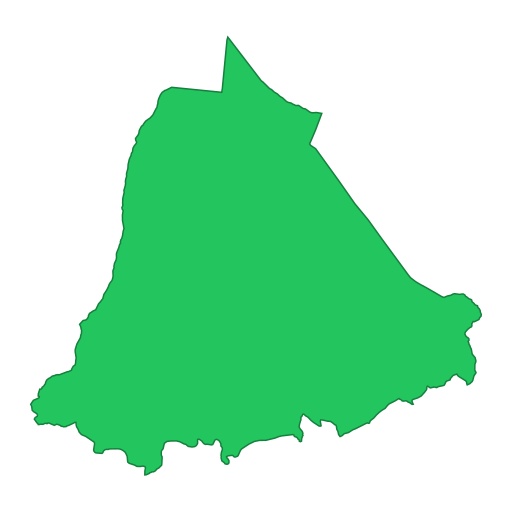 Mt. Elgon, Western, Kenya (orthographic projection)
{"feature_id": "3690345B65112986078037", "entity_name": "Mt. Elgon", "entity_type": "district", "adm_level": 2, "iso_a3": "KEN", "parent_name": "Kenya", "parent_adm1": "Western", "projection": "orthographic", "projection_center": [34.589, 0.959], "detail": "fine", "context": "isolated", "style": "filled", "palette": "green", "viewbox_px": 512, "rotation_deg": 0, "n_neighbors": 0, "source": "geoboundaries", "source_scale": "gbopen_adm2", "svg_char_len": 6014}
<svg xmlns="http://www.w3.org/2000/svg" viewBox="0 0 512 512"><path d="M227.8,37.1L227.0,39.9L222.3,88.8L221.7,92.3L171.6,87.3L165.9,90.2L164.9,90.4L162.1,92.4L160.3,95.1L158.7,98.8L158.0,101.2L157.8,103.9L157.4,104.9L156.9,107.6L156.1,108.6L152.8,115.1L149.8,118.3L148.4,119.1L145.6,121.2L143.4,124.2L143.0,125.2L142.0,125.8L141.1,126.9L139.3,130.4L138.8,133.4L137.9,135.3L135.5,138.4L135.7,140.2L136.6,142.0L136.4,143.0L135.8,144.0L134.4,145.6L133.0,148.1L132.4,152.1L131.6,153.0L131.2,154.0L131.2,155.1L129.3,159.2L128.1,164.5L127.9,168.4L126.5,173.6L126.6,176.5L125.7,179.3L125.4,181.7L125.6,183.2L125.3,185.6L123.9,190.4L124.2,192.3L122.8,198.4L122.6,203.1L122.9,205.2L121.9,207.7L122.4,209.6L123.2,210.6L122.4,214.9L122.5,220.5L124.0,228.5L123.1,231.5L122.6,235.3L121.7,238.6L120.9,239.7L120.3,242.0L120.6,243.1L119.7,244.3L119.1,246.2L118.9,247.3L116.7,252.7L116.4,254.1L116.5,257.7L116.1,259.9L114.5,263.3L113.9,266.5L114.1,267.5L112.9,270.9L113.1,276.4L112.3,279.6L111.9,280.6L110.2,282.7L109.2,284.4L108.3,286.9L106.8,289.9L103.9,294.4L102.8,298.6L100.3,301.9L98.6,303.8L95.7,309.8L93.4,310.8L89.5,313.4L88.5,315.5L88.3,316.9L87.3,318.7L85.8,320.0L83.1,320.5L79.6,324.3L80.8,326.9L81.1,328.9L81.6,330.3L81.4,333.7L80.9,334.7L80.3,337.9L76.9,344.0L75.2,349.6L75.2,351.9L76.2,358.0L75.7,360.7L75.6,363.1L75.0,365.1L73.2,366.3L71.7,369.1L71.5,370.2L70.5,370.7L68.3,371.7L67.4,371.7L59.0,374.9L58.1,374.6L55.6,375.0L54.8,375.5L52.3,376.1L50.1,377.8L48.6,378.5L46.7,380.1L45.6,382.4L45.4,383.8L44.6,384.6L44.0,385.8L42.0,387.4L41.9,388.4L40.8,389.2L39.8,389.1L38.3,393.8L38.2,396.1L39.3,396.4L39.2,397.5L37.9,398.4L33.4,400.3L30.7,404.3L31.7,406.4L32.2,410.3L33.9,411.9L36.8,413.7L37.5,415.0L37.3,416.3L35.2,417.5L34.3,419.1L36.9,422.8L37.8,423.6L38.3,424.6L39.6,424.5L40.5,424.2L43.0,424.3L45.0,423.4L45.9,423.3L47.0,423.7L48.1,422.9L49.3,423.2L54.3,425.3L56.9,424.2L60.3,425.4L61.2,426.3L62.6,426.4L63.6,426.8L64.8,426.7L66.1,426.6L66.9,426.0L68.9,425.3L73.8,423.0L74.9,422.3L75.9,422.4L76.3,425.8L76.8,427.1L78.1,429.3L79.2,432.1L80.8,433.9L81.5,434.6L85.9,436.5L94.0,442.0L94.5,442.9L94.5,444.3L93.6,450.0L94.0,451.3L94.8,452.3L95.9,452.9L102.0,453.4L102.9,452.6L103.3,451.3L104.7,449.8L106.9,449.3L108.0,449.5L108.9,449.1L110.3,448.9L117.8,448.8L119.7,449.0L121.6,449.7L123.6,450.9L125.1,452.2L125.8,453.3L127.2,456.4L127.6,461.2L127.9,462.3L129.2,463.3L134.6,465.1L136.9,466.4L140.4,466.5L142.3,466.1L143.8,466.2L144.9,466.7L145.5,467.7L144.9,470.9L144.8,474.9L146.1,474.8L149.0,473.6L149.7,472.8L150.7,472.6L151.9,471.9L153.6,471.8L155.4,470.8L156.9,469.0L158.8,468.0L161.6,465.2L161.8,464.1L162.1,458.2L162.1,456.7L161.5,455.7L161.3,454.7L161.3,451.6L161.8,450.2L162.7,449.4L163.2,448.3L164.3,443.6L165.2,442.6L167.1,441.4L170.6,441.0L176.4,440.9L177.9,441.3L180.0,441.8L183.7,443.8L185.9,444.4L188.2,446.4L192.1,447.0L194.7,446.6L196.4,445.5L197.6,443.4L197.6,439.5L198.9,439.1L201.8,441.0L202.6,442.2L204.1,443.8L205.4,444.4L207.1,444.2L211.5,444.9L212.8,444.5L215.0,440.0L216.3,439.3L217.6,439.8L218.6,440.3L219.7,441.5L220.9,443.9L220.9,445.9L222.1,447.5L222.4,449.0L222.2,450.0L221.4,452.3L221.0,455.4L221.3,456.5L221.1,457.4L221.2,458.5L221.9,460.9L224.3,462.7L225.0,463.8L226.5,464.2L227.5,464.2L228.6,463.5L229.0,462.4L228.9,460.5L228.2,459.3L226.8,457.7L226.5,456.6L228.2,455.8L231.5,455.4L232.7,455.4L234.3,457.0L235.4,457.0L237.6,456.2L238.2,455.4L240.4,450.5L241.5,449.0L248.9,444.1L254.5,441.4L259.5,440.4L265.9,440.3L274.9,438.1L279.4,436.4L281.7,435.9L292.6,434.6L293.8,434.9L294.2,436.1L295.0,436.7L296.3,437.1L297.4,437.9L297.8,438.8L299.3,440.1L299.3,441.2L300.4,441.7L301.5,441.2L301.7,438.3L302.3,437.0L302.5,436.1L303.0,435.4L302.6,434.4L302.9,433.4L302.6,432.2L301.9,430.9L300.0,428.7L299.1,427.0L299.6,423.8L300.9,419.8L300.9,417.2L301.7,416.6L302.8,414.3L303.8,414.1L305.7,415.9L307.8,417.0L311.0,420.4L313.5,422.4L318.8,425.9L320.1,426.2L321.1,425.8L320.3,421.3L320.7,419.9L322.0,419.9L327.7,421.2L330.4,421.4L331.5,422.1L333.7,423.7L334.5,424.6L335.8,425.0L336.4,426.3L336.8,429.3L337.9,431.3L338.6,434.6L340.1,436.6L342.2,435.6L344.2,433.7L348.4,432.6L352.8,429.8L355.6,428.7L365.9,423.5L367.4,422.9L368.5,423.3L369.5,423.0L369.9,421.6L370.5,420.6L373.7,418.1L376.6,414.8L379.4,412.2L382.2,410.1L385.1,408.4L387.5,405.4L389.1,403.9L394.7,401.1L399.0,398.5L399.7,399.2L401.0,399.6L402.1,400.9L403.4,401.1L405.9,400.8L407.0,401.2L408.1,402.1L409.7,402.7L412.1,404.4L413.2,404.2L412.2,402.0L412.0,400.8L412.3,399.9L413.2,399.4L417.7,397.9L421.2,396.0L424.5,392.4L426.4,389.8L426.8,388.8L426.7,387.4L427.4,386.2L428.5,386.6L429.5,387.5L430.5,387.9L434.1,387.0L436.7,387.6L438.4,386.6L443.2,385.6L444.4,385.0L445.8,382.0L446.6,381.1L450.1,379.9L450.4,378.6L453.1,375.4L456.9,374.1L457.5,375.3L458.6,376.4L465.7,380.8L466.5,381.9L466.8,383.9L467.2,384.9L469.8,383.7L472.1,381.6L472.7,380.6L474.0,375.8L476.0,372.8L475.7,371.7L475.1,370.9L474.8,369.8L474.9,364.2L475.8,361.9L475.9,360.8L475.1,357.6L472.2,354.1L471.3,349.1L470.2,346.9L469.9,345.6L469.1,344.5L468.7,342.7L468.1,341.5L469.0,340.3L468.9,338.8L468.2,337.9L466.5,336.8L465.9,336.1L464.9,334.1L465.0,333.1L465.5,331.9L468.0,329.1L469.7,327.7L471.5,326.8L471.9,325.8L471.8,323.7L473.2,321.5L474.4,321.7L478.8,319.6L479.4,318.7L479.5,317.8L481.0,316.3L481.3,314.5L480.3,312.0L480.2,310.7L479.3,308.8L477.9,307.5L477.5,305.7L475.3,305.0L473.9,303.3L472.1,301.8L471.6,299.9L470.9,299.4L469.0,298.8L466.7,296.9L465.6,296.3L464.9,295.0L463.3,294.0L462.1,294.0L459.7,294.4L454.6,293.7L453.1,294.0L451.0,295.2L447.4,296.0L444.1,297.4L442.1,296.8L426.7,287.9L420.0,284.3L415.4,281.5L410.6,277.8L408.4,275.1L380.9,237.6L368.1,219.8L354.9,203.8L339.0,181.1L315.6,148.7L310.7,145.4L309.6,144.0L315.6,129.9L321.8,113.4L316.4,112.5L312.8,112.8L311.3,112.6L309.9,112.1L305.4,108.9L303.1,108.5L298.6,105.4L295.8,105.5L292.2,103.8L291.5,103.2L287.7,102.2L286.5,101.5L282.6,97.9L279.9,96.3L277.5,94.0L274.1,92.0L272.2,90.1L271.1,89.3L269.7,88.7L262.4,81.5L261.5,81.1L227.8,37.1Z" fill="#22c55e" stroke="#15803d" stroke-width="1.5"/></svg>